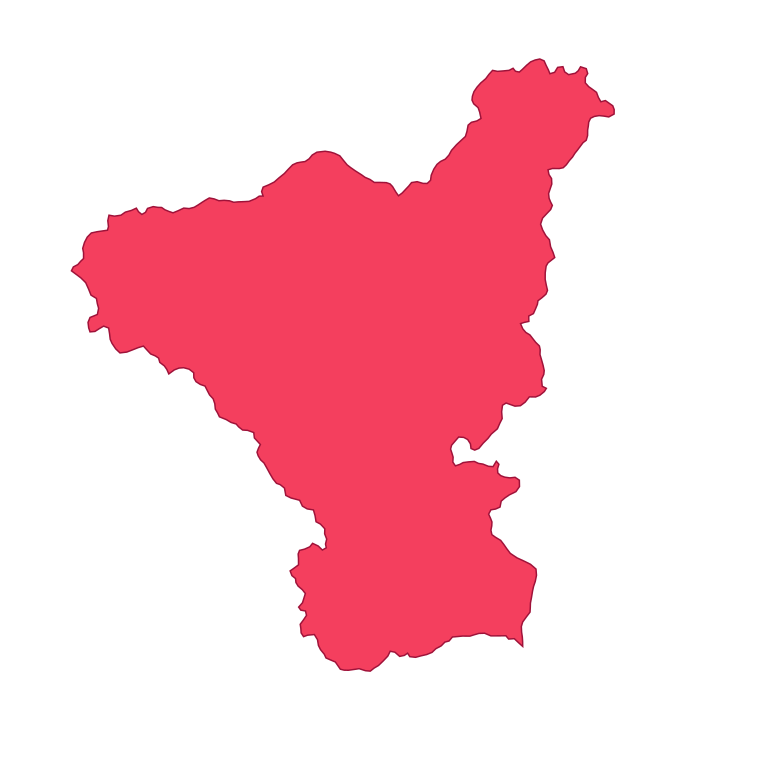 outline of Potiraguá, Bahia, Brazil, rotated 78°
{"feature_id": "56859067B74101870716105", "entity_name": "Potiraguá", "entity_type": "district", "adm_level": 2, "iso_a3": "BRA", "parent_name": "Brazil", "parent_adm1": "Bahia", "projection": "albers", "projection_center": [-39.772, -15.676], "detail": "fine", "context": "isolated", "style": "filled", "palette": "rose", "viewbox_px": 768, "rotation_deg": 78, "n_neighbors": 0, "source": "geoboundaries", "source_scale": "gbopen_adm2", "svg_char_len": 5830}
<svg xmlns="http://www.w3.org/2000/svg" viewBox="0 0 768 768"><g transform="rotate(78 384 384)"><path d="M586.6,283.5L581.6,290.2L575.9,295.7L570.8,298.1L565.8,300.2L561.2,302.4L557.2,306.7L553.8,309.8L549.2,309.8L545.2,308.1L541.4,307.1L537.6,307.7L533.0,308.7L529.3,305.6L529.5,300.9L528.5,296.1L522.9,293.7L520.5,289.3L518.5,284.4L516.7,277.3L512.5,272.8L506.2,271.6L502.5,275.2L502.0,280.4L500.2,285.3L497.9,288.9L494.6,291.2L490.6,290.6L486.4,288.3L482.9,290.2L487.5,294.5L486.2,299.0L482.9,303.9L481.3,308.1L478.5,311.8L477.7,317.9L477.3,322.9L478.4,326.6L478.9,331.2L474.7,332.9L469.9,331.6L466.2,331.9L461.5,332.4L457.9,330.6L454.4,326.0L451.4,322.0L452.8,317.1L455.7,313.7L460.5,311.9L465.2,312.3L467.5,309.0L466.7,304.6L462.5,299.3L458.9,293.7L455.3,289.5L451.4,282.4L446.5,278.9L442.4,275.6L435.6,274.7L429.4,272.5L428.0,268.5L430.2,264.9L432.9,260.5L433.6,255.1L431.1,249.7L426.8,244.5L428.2,238.4L427.4,233.9L424.7,228.7L422.0,226.1L419.1,229.7L412.1,228.9L407.8,225.7L404.2,224.5L398.8,224.5L392.6,224.9L387.6,225.3L382.9,224.1L379.1,224.1L374.7,227.0L370.6,229.0L366.3,231.1L363.1,234.5L358.9,236.8L353.3,237.9L352.9,233.8L352.9,229.3L347.6,228.3L346.2,223.2L342.2,220.3L338.0,217.4L334.6,216.1L332.4,211.5L329.8,206.9L326.4,204.6L321.0,204.7L315.2,204.6L308.8,203.2L302.4,200.9L299.6,198.4L295.8,190.7L290.4,191.3L284.4,192.5L277.3,192.2L272.5,194.9L266.3,196.8L260.2,197.6L254.7,194.4L250.8,188.8L248.0,184.7L244.3,182.2L240.6,183.2L236.7,183.9L231.9,183.4L227.0,180.5L223.3,178.3L217.9,177.4L213.4,179.1L208.6,179.0L208.2,174.5L209.7,167.8L209.7,163.7L207.5,160.1L204.0,156.2L201.2,152.4L198.0,149.3L195.4,146.1L192.5,142.8L189.3,139.1L187.6,135.5L183.3,133.2L177.9,132.0L174.1,130.5L170.4,129.3L167.0,126.7L166.0,122.6L166.2,117.8L167.6,113.4L169.5,108.6L167.8,102.8L163.4,101.8L159.4,102.4L156.5,105.1L152.8,108.5L153.0,113.2L148.3,114.7L142.9,115.5L138.5,119.4L135.7,122.0L131.3,124.5L125.9,123.3L122.7,120.2L117.6,120.6L114.6,125.8L118.0,128.9L119.8,132.2L119.8,139.1L116.2,142.4L110.8,143.0L110.4,148.3L114.6,152.3L115.0,157.2L111.0,157.9L106.0,159.2L101.2,160.2L98.5,164.0L98.5,168.8L99.4,173.6L101.8,178.1L105.2,183.5L107.0,186.8L105.4,190.4L102.0,192.1L103.2,196.4L102.6,201.9L101.8,207.9L99.8,212.6L102.9,216.9L106.5,221.0L109.6,226.7L112.9,231.2L116.7,235.2L120.9,237.7L124.6,238.9L128.6,238.0L133.2,234.5L138.0,233.9L144.4,233.9L146.0,238.5L146.2,244.1L148.3,247.9L154.3,250.4L158.8,252.9L161.4,257.3L165.0,263.3L169.5,269.4L173.6,272.9L176.8,277.3L178.1,282.5L180.2,286.5L184.2,290.6L189.6,294.4L194.4,296.1L196.8,300.0L195.9,304.1L193.0,309.5L192.7,315.2L195.5,318.6L197.9,322.1L200.9,326.4L202.9,330.7L198.7,332.5L192.6,334.6L189.5,336.5L187.5,339.9L186.1,345.6L184.8,351.6L181.0,355.2L177.9,359.6L174.8,362.4L169.6,367.7L165.3,371.7L162.0,374.5L156.6,377.3L151.6,379.8L148.1,384.4L146.1,388.0L144.1,393.2L143.3,401.4L145.1,406.6L148.2,410.5L150.0,414.9L149.7,419.2L149.6,423.2L150.6,427.8L154.2,433.2L157.4,437.7L160.6,444.0L163.6,449.3L165.2,455.3L166.3,461.3L170.3,463.7L175.0,463.2L174.3,467.0L176.0,471.1L177.3,478.0L176.3,484.3L175.5,488.9L175.0,493.2L172.7,497.0L171.1,502.2L170.4,507.4L167.6,511.7L165.7,516.2L167.2,520.8L168.5,524.3L170.1,528.3L171.7,532.9L171.9,538.1L170.3,543.3L171.7,549.3L172.7,554.8L170.6,558.3L168.1,562.0L165.1,564.8L164.2,568.5L162.5,572.9L163.1,578.8L166.5,581.6L167.8,585.6L164.5,588.3L160.5,589.7L161.7,595.0L162.1,601.3L164.2,606.2L163.8,612.7L161.7,617.9L166.8,620.2L172.8,620.8L176.1,622.5L175.8,626.9L175.4,632.9L175.4,638.9L178.6,643.7L183.2,647.5L188.7,650.5L193.2,650.6L198.8,651.8L200.9,655.2L203.5,658.6L204.9,663.5L208.3,666.2L212.3,662.7L217.1,658.5L222.9,654.7L229.3,653.3L236.2,652.1L240.5,647.5L245.9,647.7L250.6,647.4L256.4,649.9L257.8,657.7L262.2,660.7L267.7,661.2L271.9,660.7L272.5,655.8L270.6,650.8L269.1,646.2L272.0,641.7L277.9,642.0L283.4,642.5L287.7,641.6L293.9,639.1L298.7,635.8L299.3,628.9L298.4,623.3L297.3,616.8L296.9,611.4L300.9,609.1L306.1,606.0L309.0,601.8L311.8,599.1L316.3,598.8L320.6,595.1L324.6,593.4L329.4,592.4L326.6,586.2L325.8,581.2L326.4,576.6L329.0,571.5L333.4,567.8L338.4,568.7L342.6,567.4L346.2,563.8L348.8,559.5L353.7,558.2L358.4,556.9L362.9,554.2L368.1,553.6L373.5,554.2L377.7,552.8L381.9,551.8L386.0,545.7L389.8,541.6L392.4,536.9L395.7,535.1L399.6,531.9L401.0,527.0L404.4,521.5L409.8,522.0L413.9,519.6L417.5,517.5L420.7,520.1L424.3,522.4L428.1,522.0L432.5,520.5L436.3,517.8L441.7,516.1L447.8,514.3L453.8,512.3L458.8,509.8L460.8,506.5L465.1,503.0L472.6,503.2L476.2,498.6L478.2,494.6L480.2,490.7L486.5,489.2L490.2,485.1L492.5,479.2L498.5,478.8L504.6,479.1L507.8,475.3L513.3,472.0L518.2,473.2L523.8,472.3L528.4,474.5L532.2,474.5L533.6,478.8L528.8,482.0L525.0,487.0L527.8,490.4L529.0,496.0L529.2,501.2L532.4,503.3L536.7,503.9L543.1,505.2L545.7,510.9L547.3,514.7L552.3,513.9L555.9,511.0L559.9,511.4L563.9,510.0L568.3,506.6L572.6,504.5L576.0,506.4L581.0,509.2L584.5,513.9L587.9,512.4L589.7,508.0L594.2,507.9L598.0,511.8L601.6,515.9L606.1,516.2L610.2,516.8L614.4,515.2L613.8,511.0L614.6,504.2L620.3,502.2L626.1,502.5L630.7,501.3L635.9,498.6L639.9,497.7L642.5,494.1L645.8,489.4L649.8,487.7L653.9,486.0L655.6,482.5L656.6,478.3L657.0,472.3L657.3,467.5L660.6,461.7L662.0,457.1L659.8,452.7L658.2,447.9L654.9,442.6L651.0,436.9L646.7,433.5L648.6,429.1L653.7,425.3L653.7,420.5L652.2,416.9L656.1,415.4L657.9,409.9L657.6,404.3L657.5,398.5L656.5,392.8L653.7,388.3L652.0,382.4L649.1,378.1L648.9,373.8L645.7,369.7L646.3,364.7L646.9,359.5L648.5,352.4L648.1,348.5L647.7,343.0L648.7,337.4L652.6,331.8L654.2,324.1L655.6,317.1L659.4,315.1L660.2,309.5L665.0,306.2L669.5,302.9L665.0,302.0L660.2,301.3L655.4,301.0L649.8,300.1L645.6,297.8L641.8,293.6L637.5,288.6L633.1,287.4L628.7,286.3L623.7,284.2L617.3,281.7L613.1,279.8L608.6,277.1L602.8,274.6L596.6,273.8L590.8,278.2L586.6,283.5Z" fill="#f43f5e" stroke="#9f1239" stroke-width="1.5"/></g></svg>